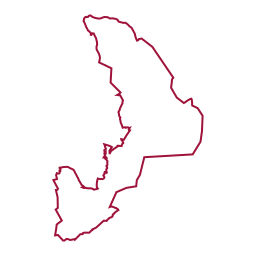 outline of San Ildefonso Villa Alta, Oaxaca, Mexico
{"feature_id": "50627088B33272492236803", "entity_name": "San Ildefonso Villa Alta", "entity_type": "district", "adm_level": 2, "iso_a3": "MEX", "parent_name": "Mexico", "parent_adm1": "Oaxaca", "projection": "mercator", "projection_center": [-96.154, 17.373], "detail": "fine", "context": "isolated", "style": "outline", "palette": "rose", "viewbox_px": 256, "rotation_deg": 0, "n_neighbors": 0, "source": "geoboundaries", "source_scale": "gbopen_adm2", "svg_char_len": 5064}
<svg xmlns="http://www.w3.org/2000/svg" viewBox="0 0 256 256"><path d="M59.5,167.9L59.9,168.5L60.4,169.1L60.4,170.2L60.3,170.9L59.5,170.8L59.6,171.6L59.6,172.9L59.3,173.4L58.0,173.6L56.8,173.2L56.1,175.1L57.0,179.0L53.4,180.1L58.0,188.8L57.4,189.8L55.9,190.0L57.6,197.2L57.8,207.9L55.7,209.6L61.8,220.6L56.7,224.5L56.2,228.8L55.1,235.4L58.0,235.0L63.0,240.5L64.3,240.6L66.6,238.9L67.5,239.0L70.4,240.0L74.6,239.1L74.9,239.7L75.3,239.3L80.3,234.2L82.7,234.1L82.8,233.2L84.4,232.6L86.8,232.7L89.3,232.7L91.0,230.9L92.6,229.8L92.4,229.4L93.4,228.9L95.9,227.8L98.7,225.3L103.7,220.7L106.7,220.9L107.4,219.7L108.9,218.6L109.3,217.9L111.8,217.1L112.8,215.8L112.6,215.1L113.5,213.8L113.8,213.9L114.1,213.6L114.7,212.9L115.1,212.3L116.0,211.7L116.4,211.4L117.1,211.0L117.4,210.6L117.8,210.1L118.3,210.0L118.0,209.4L117.7,209.1L116.5,208.4L116.1,208.0L115.7,208.0L114.5,207.5L112.7,206.8L111.8,206.5L110.4,206.7L110.1,206.9L109.8,207.0L112.1,201.8L112.9,200.0L114.2,197.1L115.3,194.7L116.4,192.1L116.8,192.0L119.8,190.7L122.6,189.5L126.3,187.9L128.0,187.6L136.2,186.3L136.8,180.2L139.9,174.9L141.5,168.5L144.3,157.2L192.7,154.4L200.5,141.7L202.0,130.9L202.0,130.7L202.6,115.8L197.7,108.2L194.1,106.4L192.3,105.6L192.1,104.8L192.1,103.1L192.0,101.2L191.7,99.3L191.2,98.7L190.0,99.1L188.6,99.9L186.7,101.1L185.5,102.1L183.8,103.0L183.7,102.9L176.8,97.6L171.1,87.8L171.2,87.2L171.3,85.7L171.6,83.9L171.8,82.4L171.8,80.9L172.0,80.0L172.3,78.8L172.7,78.4L173.3,77.7L163.1,62.7L152.4,46.9L141.7,38.6L140.5,38.7L138.9,39.1L138.2,40.2L137.0,40.6L135.7,37.5L135.2,35.7L134.8,33.7L133.6,31.5L131.6,27.8L129.4,26.2L127.7,24.4L126.0,23.1L125.2,22.7L123.4,22.9L119.6,21.9L118.5,21.5L117.5,19.7L115.4,18.8L112.4,18.3L110.0,18.5L107.6,17.2L104.6,17.0L102.6,17.5L101.4,18.2L99.1,18.6L96.8,18.3L94.8,17.8L92.6,17.0L90.5,15.4L88.7,15.9L87.9,17.0L86.9,17.1L85.7,16.9L84.8,17.6L84.1,18.4L84.0,19.7L83.5,21.0L84.1,22.0L84.8,23.3L85.6,25.5L86.2,27.0L87.2,28.8L87.7,29.7L87.9,30.4L89.1,31.3L90.2,32.4L91.0,33.7L90.8,34.8L91.4,34.9L91.9,34.0L92.3,33.3L93.1,33.5L93.6,33.4L93.9,33.8L94.8,36.0L96.0,38.1L96.3,39.4L96.8,41.4L97.0,42.0L97.1,45.2L96.6,46.0L96.5,47.7L96.6,49.2L97.1,50.5L97.6,51.2L98.0,52.0L98.5,52.9L99.0,53.9L99.3,54.8L99.5,55.5L99.7,55.9L99.8,56.8L99.9,57.3L99.9,57.7L99.9,58.6L99.1,62.4L111.4,68.3L110.6,82.6L120.5,92.5L119.7,93.4L118.9,94.0L117.5,94.9L117.3,95.0L118.7,95.2L119.2,95.3L119.4,95.3L120.1,95.3L120.3,95.5L123.0,100.5L122.5,101.7L122.4,103.6L121.7,104.8L119.9,108.6L119.7,109.9L118.4,112.1L118.9,113.3L119.2,116.0L120.4,117.6L119.9,118.9L120.4,120.5L120.6,121.2L120.6,122.2L121.6,124.6L122.3,126.4L122.7,127.7L123.8,127.4L125.0,127.2L125.4,127.6L125.9,127.8L126.2,127.7L127.0,127.4L127.3,127.4L128.1,127.4L128.6,127.8L129.1,128.0L129.8,127.8L128.8,129.6L129.0,130.2L129.9,130.4L126.2,135.8L123.9,139.7L121.2,139.2L121.3,139.7L122.7,141.4L123.1,142.4L123.2,143.1L122.5,143.4L121.6,146.0L120.9,145.8L120.2,146.0L118.8,145.8L117.8,145.7L117.4,146.0L117.5,146.5L117.0,146.8L116.1,147.4L113.5,149.2L111.0,151.0L109.6,154.0L109.5,150.6L111.9,147.1L109.6,145.9L104.3,144.3L104.5,144.8L104.7,145.2L105.0,146.3L105.0,146.6L105.2,147.2L105.5,147.8L105.8,148.3L105.8,148.8L105.5,149.3L105.0,149.7L104.3,150.1L104.4,150.9L104.7,152.3L104.4,153.4L104.2,154.4L105.7,152.4L105.7,153.3L105.3,154.8L104.5,155.9L104.1,157.0L103.7,157.5L104.7,157.6L105.0,158.5L105.7,159.0L106.1,158.3L106.1,157.3L106.5,157.6L106.7,158.4L106.5,159.7L106.9,160.4L107.5,161.3L107.2,162.5L107.4,164.0L107.3,165.2L107.2,165.4L107.1,165.5L106.9,165.7L106.7,165.7L106.4,166.0L106.5,166.4L106.5,166.5L106.8,166.9L106.9,167.0L107.0,167.2L107.1,167.3L107.2,167.5L107.2,167.8L107.2,168.0L107.0,168.4L106.8,168.7L106.6,169.0L106.4,169.2L106.3,169.3L106.3,169.5L106.3,170.2L106.3,170.4L106.3,170.6L106.3,170.8L106.3,171.0L106.4,171.3L106.4,171.7L106.5,171.8L106.5,172.0L106.6,172.3L106.8,172.5L106.9,172.9L107.0,173.0L107.1,173.3L107.2,173.5L107.0,173.2L106.9,173.1L106.7,172.9L106.5,172.7L106.4,172.6L106.2,172.5L105.9,172.4L105.8,172.2L105.7,172.2L105.3,172.0L105.2,172.0L104.9,171.9L104.7,172.0L104.6,172.3L104.6,172.6L104.7,172.8L104.5,173.1L104.5,173.3L104.5,173.7L104.6,173.9L104.5,174.0L104.4,174.1L104.1,174.3L103.9,174.6L103.7,174.8L103.6,175.0L103.4,175.2L103.4,175.3L103.4,175.6L103.5,175.8L103.8,176.0L104.2,176.6L104.3,176.8L104.4,177.1L104.3,177.5L104.2,177.7L103.9,178.4L103.4,178.7L102.5,179.1L101.7,179.0L101.2,178.9L100.3,179.1L99.7,179.0L99.2,178.9L98.7,178.8L98.3,178.9L97.8,178.6L97.6,179.3L97.1,181.0L96.9,182.5L96.8,183.8L96.7,185.3L96.9,187.2L97.8,188.6L97.3,188.9L96.1,189.1L94.0,189.7L92.3,188.6L91.3,188.5L90.7,188.3L89.7,188.3L89.2,188.2L88.6,188.4L87.4,188.2L86.5,188.1L85.5,187.8L84.0,188.0L83.6,187.9L82.2,187.3L82.9,187.0L83.7,186.5L83.4,186.2L82.4,185.5L81.4,184.6L80.5,183.0L79.8,181.7L78.9,180.5L78.5,179.1L78.0,178.0L77.3,176.9L76.9,176.0L76.2,174.7L75.3,173.1L74.7,171.9L74.3,171.0L73.6,170.0L73.1,169.6L71.9,168.9L70.5,168.4L68.7,167.3L67.3,166.9L65.7,166.9L64.3,167.0L62.8,167.1L61.7,167.5L60.6,167.6L59.6,167.6L59.5,167.9Z" fill="none" stroke="#9f1239" stroke-width="2"/></svg>